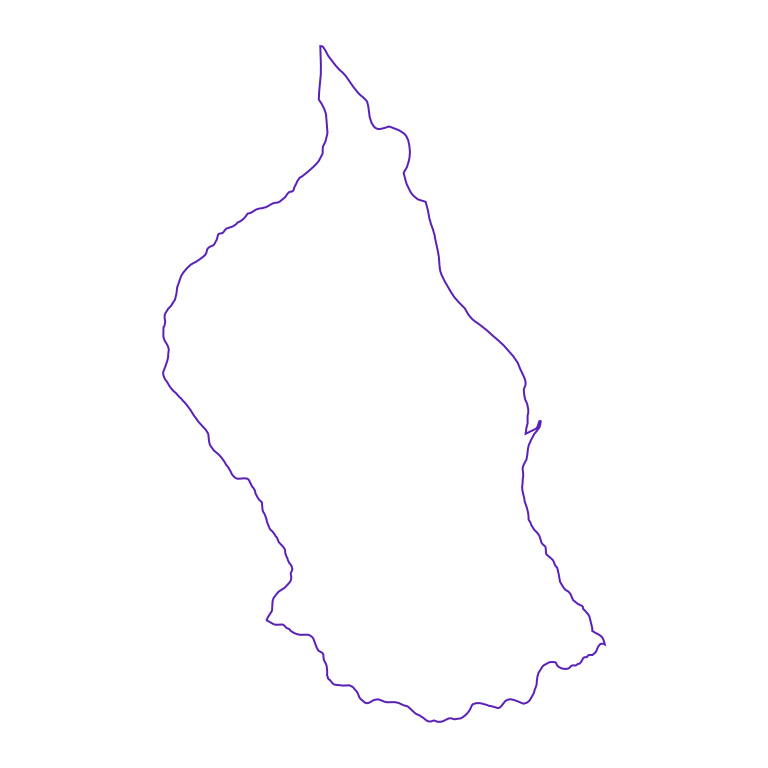 Gualmatán, Nariño, Colombia
{"feature_id": "7082276B40313955384200", "entity_name": "Gualmatán", "entity_type": "district", "adm_level": 2, "iso_a3": "COL", "parent_name": "Colombia", "parent_adm1": "Nariño", "projection": "robinson", "projection_center": [-77.583, 0.935], "detail": "fine", "context": "isolated", "style": "outline", "palette": "violet", "viewbox_px": 768, "rotation_deg": 0, "n_neighbors": 0, "source": "geoboundaries", "source_scale": "gbopen_adm2", "svg_char_len": 6109}
<svg xmlns="http://www.w3.org/2000/svg" viewBox="0 0 768 768"><path d="M425.6,201.8L417.9,199.4L414.1,196.3L412.7,195.0L411.4,193.3L410.1,191.2L406.9,184.6L405.9,181.7L403.6,172.7L406.8,167.4L407.5,165.3L408.9,160.6L409.5,157.5L409.9,152.9L409.9,150.9L409.3,145.5L408.2,140.2L406.3,136.2L404.2,133.6L398.9,130.2L389.8,126.7L388.3,126.6L386.2,127.5L382.5,128.5L379.0,129.1L376.9,128.7L375.4,127.9L373.9,126.6L371.5,122.8L369.7,117.1L368.3,106.5L367.2,102.0L366.4,100.6L362.7,97.0L359.7,94.5L357.9,92.6L353.7,87.4L345.7,75.9L342.5,72.4L339.4,69.8L335.5,65.4L329.2,57.2L327.9,55.3L325.4,50.5L323.1,47.0L322.2,46.3L320.3,46.1L320.9,64.9L320.8,74.3L319.2,91.3L318.8,99.5L321.5,103.6L324.4,109.2L326.0,114.2L327.4,131.7L327.4,133.4L325.5,141.4L322.8,146.9L322.6,153.6L318.8,160.9L315.9,164.4L313.1,167.1L307.1,172.4L301.9,176.5L299.7,177.7L297.3,181.2L296.7,182.7L294.2,187.7L293.8,189.3L293.1,190.8L291.7,191.6L290.4,191.7L288.9,192.3L287.4,193.9L285.2,197.1L280.4,201.1L279.2,201.9L277.5,202.6L274.5,202.9L272.2,203.7L265.7,207.4L264.0,207.5L262.8,208.1L259.4,208.5L256.2,209.5L251.2,212.6L249.7,213.2L247.6,213.6L245.4,216.8L244.0,218.4L242.0,220.1L239.7,221.6L237.7,222.4L235.8,224.5L232.7,226.5L226.4,228.6L225.4,229.5L223.4,232.2L222.3,233.1L219.7,233.6L218.5,234.1L218.0,235.0L216.7,239.8L214.0,244.7L213.0,245.5L210.2,246.6L208.4,247.8L207.2,249.3L206.4,252.7L205.8,254.0L204.9,255.2L203.1,256.8L199.2,259.7L195.6,262.0L193.4,263.1L190.7,264.7L187.3,267.9L183.5,272.3L181.3,275.7L177.2,287.2L176.5,293.3L175.1,299.2L174.5,300.5L173.1,302.5L171.0,305.9L168.0,309.0L165.4,313.3L164.7,314.9L164.6,317.7L165.2,321.5L164.7,324.8L164.2,326.4L163.5,327.3L163.3,336.4L164.6,340.6L167.4,345.1L168.3,347.4L168.7,349.0L168.7,350.8L168.3,353.3L168.1,357.1L167.3,360.8L165.6,365.8L163.6,370.9L163.2,372.2L163.2,373.4L163.4,375.3L164.7,378.7L167.2,382.2L169.7,386.4L171.9,389.3L173.2,390.8L175.8,393.0L179.4,397.0L181.7,399.1L182.8,400.7L184.3,402.0L188.0,406.6L190.7,410.3L193.4,414.8L198.6,422.0L205.7,429.7L207.8,433.0L208.4,434.6L208.8,439.5L209.2,442.0L209.8,444.5L210.6,446.0L214.0,450.6L218.6,454.4L221.2,457.3L224.5,461.8L226.1,464.8L227.9,466.8L230.5,471.2L231.9,474.3L233.3,476.0L235.1,477.7L236.5,478.4L238.2,478.8L244.0,478.3L245.6,478.4L247.6,478.8L248.9,480.1L249.5,480.9L249.7,482.2L250.9,483.8L251.4,485.3L252.4,486.9L253.4,487.9L254.8,490.4L255.6,493.7L257.4,497.1L259.0,499.6L261.8,502.2L262.6,510.2L263.1,511.7L264.5,513.9L265.5,516.4L266.5,519.4L267.1,522.2L269.6,528.5L270.3,529.5L272.5,531.6L274.0,533.4L275.5,536.0L277.0,537.8L278.1,540.3L278.7,542.1L283.1,546.7L284.4,548.7L285.0,550.0L285.3,553.2L286.2,555.8L287.6,558.9L287.9,560.2L289.4,563.1L290.7,564.7L291.5,566.0L291.9,567.3L292.3,568.8L292.1,570.3L290.7,573.2L291.3,578.0L291.0,579.5L290.3,581.6L285.6,586.8L284.1,588.2L282.3,589.2L278.6,591.7L276.6,594.0L273.6,598.0L272.8,600.4L272.5,602.4L272.1,609.7L271.7,611.3L268.1,616.9L266.6,620.0L267.7,620.9L273.6,624.2L276.0,624.8L282.3,624.5L283.4,624.9L284.2,625.5L286.5,628.0L289.4,629.1L290.5,630.7L292.0,631.7L293.9,632.9L296.8,634.1L300.0,634.8L308.1,634.7L310.1,635.5L312.0,636.9L313.3,638.5L316.5,647.1L318.0,650.1L319.1,651.1L321.9,652.6L322.8,653.5L323.4,655.0L323.4,657.0L323.9,659.8L324.6,661.6L325.7,663.4L326.6,665.7L327.1,670.1L327.2,673.3L327.0,675.4L327.8,676.9L327.8,678.1L328.9,679.4L330.0,680.1L332.7,683.5L334.4,684.6L343.2,685.6L349.4,685.3L352.8,687.0L356.7,691.6L357.9,693.5L359.5,697.7L361.1,699.4L365.0,702.7L366.4,703.1L367.9,703.1L370.1,702.3L373.1,700.4L375.2,699.7L377.4,699.4L379.0,699.5L385.3,702.0L387.6,702.3L393.0,702.1L395.7,702.3L398.7,703.0L404.1,705.5L406.3,705.9L408.1,706.7L415.1,713.2L417.0,714.4L418.5,714.8L423.8,718.2L425.7,719.9L427.9,721.3L430.8,721.5L433.1,720.7L434.4,720.5L435.9,721.2L437.5,721.7L440.1,721.9L443.0,721.2L448.1,718.7L449.6,718.3L451.1,718.3L454.3,719.3L461.0,718.3L464.4,716.0L466.4,714.3L468.9,711.3L469.9,709.7L472.0,705.2L472.8,704.3L475.9,703.2L479.9,703.1L486.8,704.9L488.8,705.8L491.1,706.1L498.0,708.1L499.8,707.5L501.6,705.8L505.1,701.2L507.3,699.9L510.1,699.2L513.8,699.9L519.1,701.9L521.3,702.9L523.6,703.7L527.2,702.5L529.3,700.8L530.9,698.3L533.9,692.9L534.6,690.1L536.0,686.6L536.7,683.9L536.8,681.3L537.5,676.3L538.4,673.1L542.3,666.8L543.9,665.2L549.5,662.2L551.7,662.0L555.1,662.2L556.2,663.0L556.9,665.0L558.4,666.7L560.8,668.0L562.0,668.5L563.9,668.8L566.1,668.9L567.6,668.7L569.1,668.1L571.3,665.8L573.2,665.3L575.7,665.5L577.9,663.9L579.4,663.7L580.9,662.3L583.3,657.9L584.8,657.2L586.7,657.2L588.3,655.3L589.5,654.9L592.4,655.0L595.4,652.5L596.4,650.8L598.0,646.9L599.3,645.1L600.5,644.0L601.8,643.7L603.7,643.9L604.8,644.5L603.8,640.7L602.9,638.5L602.0,637.0L600.1,635.5L597.9,634.0L596.6,633.5L592.3,631.0L592.3,628.6L592.0,627.1L589.4,616.4L588.2,614.4L584.6,610.2L583.1,608.8L582.8,606.7L582.0,605.9L577.6,603.8L573.0,599.9L570.9,594.9L569.6,592.8L567.9,591.2L566.1,590.3L564.9,589.3L563.1,586.9L560.0,581.7L559.0,575.7L557.3,568.0L555.2,565.4L553.2,560.5L551.3,558.6L546.6,554.6L546.1,553.6L545.6,547.2L544.8,546.1L542.9,544.5L541.6,542.9L539.6,536.4L538.2,534.0L536.5,532.0L534.4,530.0L531.5,525.4L530.2,522.1L528.6,519.7L528.5,515.6L527.9,511.8L526.7,507.2L524.7,501.5L524.2,498.2L522.5,490.9L522.1,487.0L522.6,483.1L522.7,479.3L523.1,477.4L523.2,474.1L522.6,468.6L523.1,466.1L525.2,461.7L526.4,459.8L527.3,454.7L527.9,449.0L528.9,444.7L530.1,442.3L530.7,440.7L534.3,433.9L536.7,431.1L538.0,429.1L539.3,427.6L540.3,424.6L540.7,421.2L539.9,421.0L539.2,421.5L537.8,426.0L537.0,427.5L535.9,428.8L525.6,433.8L526.4,428.0L527.6,423.3L527.6,415.5L528.2,413.3L528.3,410.7L528.1,408.5L527.1,403.7L525.1,399.4L524.1,394.0L523.8,389.7L524.2,388.2L525.4,385.2L525.6,383.8L525.5,381.6L524.7,378.7L523.2,375.2L520.3,369.2L517.8,362.9L513.3,356.3L503.7,345.4L498.3,340.4L492.1,335.1L487.1,330.5L479.6,324.6L474.3,320.9L471.2,318.1L468.4,314.6L464.7,308.2L458.9,302.4L454.5,297.4L451.2,292.5L444.1,280.2L441.4,274.4L440.2,270.8L439.6,266.7L438.8,256.6L438.0,251.9L435.0,237.9L434.7,235.7L432.9,229.3L430.6,223.0L430.2,220.9L429.4,218.7L428.0,210.6L425.6,201.8Z" fill="none" stroke="#5b21b6" stroke-width="2"/></svg>